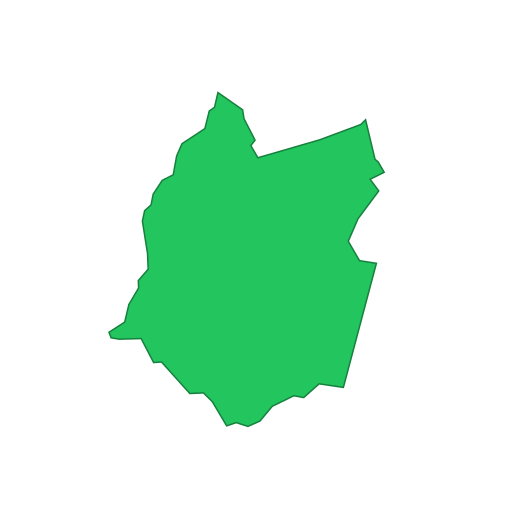 the district of Hancock, Georgia, United States of America, rotated 147°
{"feature_id": "52423323B47839005266418", "entity_name": "Hancock", "entity_type": "district", "adm_level": 2, "iso_a3": "USA", "parent_name": "United States of America", "parent_adm1": "Georgia", "projection": "mercator", "projection_center": [-82.985, 33.26], "detail": "fine", "context": "isolated", "style": "filled", "palette": "green", "viewbox_px": 512, "rotation_deg": 147, "n_neighbors": 0, "source": "geoboundaries", "source_scale": "gbopen_adm2", "svg_char_len": 815}
<svg xmlns="http://www.w3.org/2000/svg" viewBox="0 0 512 512"><g transform="rotate(147 256 256)"><path d="M254.3,98.2L159.0,184.3L171.7,195.7L170.6,218.1L150.1,231.7L117.6,243.7L118.5,258.2L102.9,256.4L102.3,268.2L103.5,272.3L89.9,310.6L96.4,309.2L139.4,318.8L200.9,337.4L200.2,351.4L193.7,353.7L191.3,377.6L187.6,385.9L198.9,413.8L209.8,403.3L216.2,403.1L229.5,390.7L256.9,390.5L268.1,383.1L281.2,369.2L293.5,370.5L308.5,363.9L316.2,356.0L324.7,354.7L332.3,347.1L345.6,317.2L353.6,303.7L368.1,299.5L371.9,293.1L389.0,284.6L402.1,272.1L420.8,272.1L422.1,266.3L416.1,260.8L397.3,249.3L399.9,222.4L393.0,218.6L386.4,176.7L374.6,169.8L372.0,157.6L373.1,129.5L363.3,127.0L355.6,117.5L342.6,115.4L324.2,121.1L300.4,118.2L293.1,111.3L272.7,114.4L254.3,98.2Z" fill="#22c55e" stroke="#15803d" stroke-width="1.5"/></g></svg>